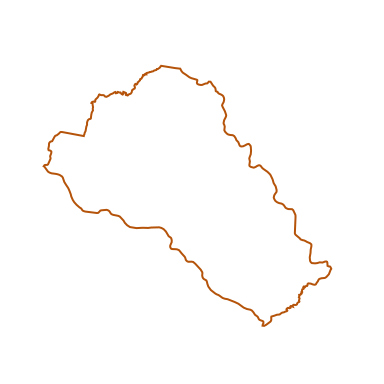 Doa, Tete, Mozambique (Albers equal-area conic projection), rotated 10°
{"feature_id": "85939544B50674606181773", "entity_name": "Doa", "entity_type": "district", "adm_level": 2, "iso_a3": "MOZ", "parent_name": "Mozambique", "parent_adm1": "Tete", "projection": "albers", "projection_center": [34.572, -16.606], "detail": "fine", "context": "isolated", "style": "outline", "palette": "amber", "viewbox_px": 384, "rotation_deg": 10, "n_neighbors": 0, "source": "geoboundaries", "source_scale": "gbopen_adm2", "svg_char_len": 5986}
<svg xmlns="http://www.w3.org/2000/svg" viewBox="0 0 384 384"><g transform="rotate(10 192 192)"><path d="M284.7,311.4L286.3,311.3L288.1,309.9L291.7,306.1L292.0,305.6L292.3,304.2L291.8,301.8L291.8,300.9L294.6,299.5L297.0,298.1L299.3,297.5L299.8,297.2L300.5,296.3L301.8,295.1L303.3,294.6L304.5,293.7L306.1,292.9L306.5,292.3L306.3,291.9L305.5,291.4L305.4,291.1L305.6,290.4L306.3,289.8L306.4,289.6L306.7,289.4L308.3,289.5L309.1,289.0L309.2,288.8L309.2,288.3L308.7,287.7L309.0,287.2L309.6,287.1L311.2,287.4L310.7,286.6L311.5,285.5L312.1,285.3L313.0,285.5L314.5,284.9L314.9,284.3L314.9,283.6L315.1,283.0L315.8,282.2L316.5,281.8L316.8,281.3L316.7,281.0L316.2,280.4L316.4,278.0L315.5,277.1L315.8,276.2L315.4,274.7L316.6,274.4L316.8,273.5L317.2,273.5L317.7,272.9L317.6,272.3L317.1,271.6L317.2,271.3L317.8,271.2L317.4,269.6L317.5,268.7L318.6,268.1L318.8,267.8L318.8,267.5L318.1,266.7L318.4,265.7L318.8,265.6L319.4,266.5L319.6,266.4L320.6,264.8L320.8,264.6L321.7,264.5L321.9,264.0L321.8,262.6L322.4,261.8L324.9,261.6L326.7,262.0L328.5,262.1L329.3,261.9L330.0,261.4L330.6,259.7L331.4,258.2L331.9,256.4L332.5,255.5L334.4,254.5L337.6,253.6L338.4,253.1L339.2,252.2L341.1,249.2L342.0,244.6L342.5,243.5L341.6,242.1L340.7,241.4L339.4,241.5L338.3,241.2L337.6,238.2L337.1,237.3L336.3,237.1L335.1,237.4L332.8,238.8L330.0,239.1L327.6,240.3L325.5,240.9L322.4,241.2L321.3,240.6L320.5,239.7L320.1,238.8L319.3,235.9L319.3,231.5L318.9,228.1L319.0,225.2L318.9,223.9L318.6,222.9L318.1,222.5L317.0,221.9L313.9,221.2L312.3,220.6L310.6,220.2L309.2,220.2L307.1,219.8L306.2,218.9L301.7,216.3L301.0,215.7L300.5,214.9L300.4,214.4L298.3,198.6L297.9,196.8L297.2,195.7L294.9,192.4L293.7,191.6L292.4,191.7L289.7,192.1L287.6,191.6L286.8,191.2L284.9,189.2L283.7,188.4L282.3,187.9L279.7,187.8L277.6,187.3L275.7,186.3L274.5,185.0L273.5,183.4L273.5,181.7L273.8,180.2L275.1,177.5L275.2,177.0L275.0,175.4L273.4,171.9L270.9,169.1L269.2,165.6L266.5,161.8L265.3,160.7L262.8,159.0L258.1,156.8L256.7,155.9L255.4,154.6L254.2,154.0L253.5,154.0L252.7,154.3L251.3,155.3L250.3,156.3L248.6,157.3L245.7,157.1L244.3,156.5L243.8,155.6L243.7,151.8L242.6,149.1L242.7,147.8L243.3,144.6L243.0,141.1L242.1,137.5L241.8,136.6L240.8,135.6L239.6,134.8L239.1,134.9L237.8,135.5L236.4,136.7L234.4,138.1L232.7,138.6L231.7,138.5L230.9,138.0L228.9,134.8L226.7,133.2L225.7,131.5L223.9,129.6L222.3,129.0L219.6,129.2L217.7,129.1L216.1,128.4L214.0,126.8L213.1,125.5L212.9,122.0L212.2,120.4L211.3,119.3L211.1,118.1L211.2,115.7L212.3,112.1L212.4,110.9L212.2,110.1L210.4,106.8L207.4,102.9L206.6,101.6L206.7,100.4L207.5,98.1L207.6,97.3L207.6,95.3L207.2,93.9L206.2,92.3L205.3,91.6L203.5,90.9L201.6,90.5L200.5,89.9L199.7,88.9L198.8,88.9L197.9,88.5L197.3,86.5L196.8,85.5L196.2,84.9L194.4,83.7L191.1,80.2L189.4,80.4L188.3,82.3L186.3,82.9L183.3,84.8L181.8,85.1L179.7,85.0L178.5,84.6L177.9,83.8L177.8,83.2L177.9,81.3L177.8,80.9L177.3,80.6L171.6,80.0L169.4,79.4L166.0,77.7L162.1,76.0L160.5,74.6L159.0,72.6L153.9,72.9L139.7,73.1L139.4,73.8L139.1,74.0L138.8,75.0L137.0,76.8L136.0,77.0L135.7,78.0L133.7,78.9L132.6,80.0L131.3,80.4L130.5,81.0L129.5,81.2L128.8,81.8L126.8,82.6L126.5,83.2L126.7,84.1L126.2,84.1L125.7,83.6L125.2,84.0L125.0,85.1L124.7,85.3L124.2,85.0L123.5,85.2L123.4,85.4L123.5,86.8L122.8,88.0L122.7,88.9L122.3,89.4L121.5,89.7L121.3,90.0L121.4,91.0L120.6,92.1L120.1,92.9L119.5,93.4L119.5,94.5L119.2,95.3L118.6,95.8L117.8,95.3L117.6,95.4L117.1,95.9L116.8,97.4L117.6,98.7L117.6,100.0L116.2,101.1L116.0,101.6L115.3,102.2L115.3,104.3L114.7,105.6L114.3,106.0L113.1,106.6L111.9,108.1L111.6,108.1L111.1,107.4L110.6,107.4L110.4,107.9L110.2,108.0L110.0,107.9L109.8,106.0L108.6,105.6L107.8,105.7L107.6,105.4L107.0,105.3L106.9,106.3L107.4,107.0L106.8,108.1L105.8,107.8L105.1,107.3L104.4,106.5L104.1,106.4L103.2,106.7L101.6,106.3L101.4,106.5L101.2,107.4L100.4,107.8L100.0,107.9L99.9,107.3L99.1,106.8L97.7,107.8L97.6,108.1L96.6,108.9L94.7,110.0L93.4,111.5L91.3,113.1L89.9,113.1L88.7,112.2L87.8,112.0L85.6,112.4L83.9,112.0L83.5,112.3L83.3,113.6L82.6,115.4L80.9,117.7L80.8,118.4L81.0,119.3L80.9,119.9L80.5,120.1L79.4,120.0L79.1,120.1L77.9,120.8L77.5,121.5L77.5,121.8L78.3,121.7L78.7,122.0L79.0,123.4L79.8,125.6L79.8,127.3L80.3,128.8L79.5,131.1L79.4,133.3L79.6,137.2L79.1,137.7L78.2,138.0L77.7,138.4L77.0,139.4L76.7,140.7L76.6,142.1L77.0,144.1L76.6,145.8L76.6,150.4L76.0,152.6L76.0,153.9L75.7,154.9L75.7,155.7L53.9,155.5L52.3,155.7L51.6,156.3L50.8,157.6L49.1,159.5L47.6,160.4L47.0,161.6L45.5,166.2L43.9,167.0L43.3,167.7L42.9,168.5L42.8,169.4L43.1,171.4L43.0,174.5L43.5,175.7L43.8,175.8L45.0,175.8L46.0,176.2L46.4,176.5L46.6,177.3L46.6,178.7L46.1,181.0L46.2,181.8L46.8,183.2L46.9,183.8L45.4,189.8L44.8,190.4L42.6,190.9L42.1,191.2L41.5,192.4L42.3,192.7L46.6,196.9L48.2,197.6L50.4,198.0L55.0,197.8L56.8,197.9L58.7,198.2L61.3,199.3L62.3,200.3L64.5,204.3L66.9,207.0L69.4,209.6L71.1,212.1L73.0,215.3L73.9,217.4L75.9,220.4L77.8,222.5L80.6,224.7L83.9,226.7L85.8,227.5L87.2,229.0L88.1,229.5L90.2,229.8L102.1,229.2L103.4,228.7L105.0,226.2L106.2,225.7L111.0,224.4L112.1,224.5L113.5,225.0L114.5,225.8L115.5,227.0L116.5,227.8L118.4,228.2L123.4,228.3L125.1,228.7L129.5,232.0L131.2,234.0L133.9,236.0L137.0,237.3L143.6,237.2L149.6,235.8L155.1,235.0L158.0,234.1L165.8,232.5L168.1,232.7L170.5,233.5L173.2,235.5L176.7,239.6L179.1,240.7L179.7,241.4L180.4,243.0L180.7,244.9L179.9,248.3L179.9,249.1L180.2,250.2L181.1,251.3L181.8,251.6L182.6,251.6L186.4,251.1L187.4,251.1L189.4,251.6L192.5,254.3L196.1,257.1L196.9,258.2L197.7,259.9L198.6,260.7L199.6,261.2L200.9,261.3L203.5,260.7L205.3,260.7L207.7,262.1L214.1,267.0L216.1,269.3L216.4,270.4L216.5,272.3L217.1,273.9L217.9,275.0L218.9,275.7L221.5,276.6L222.3,277.9L223.1,279.8L224.5,282.3L227.6,285.3L232.7,288.0L234.1,288.5L236.1,288.9L237.2,289.4L240.5,291.0L242.7,291.4L245.7,291.4L253.1,292.9L257.1,294.0L263.0,296.9L266.4,297.7L269.9,297.8L271.5,298.3L273.4,299.8L275.3,301.9L278.3,303.4L280.0,305.7L280.6,306.1L281.6,306.4L284.0,306.8L284.7,307.2L284.9,307.7L285.1,308.9L284.7,310.1L284.7,311.4Z" fill="none" stroke="#b45309" stroke-width="2"/></g></svg>